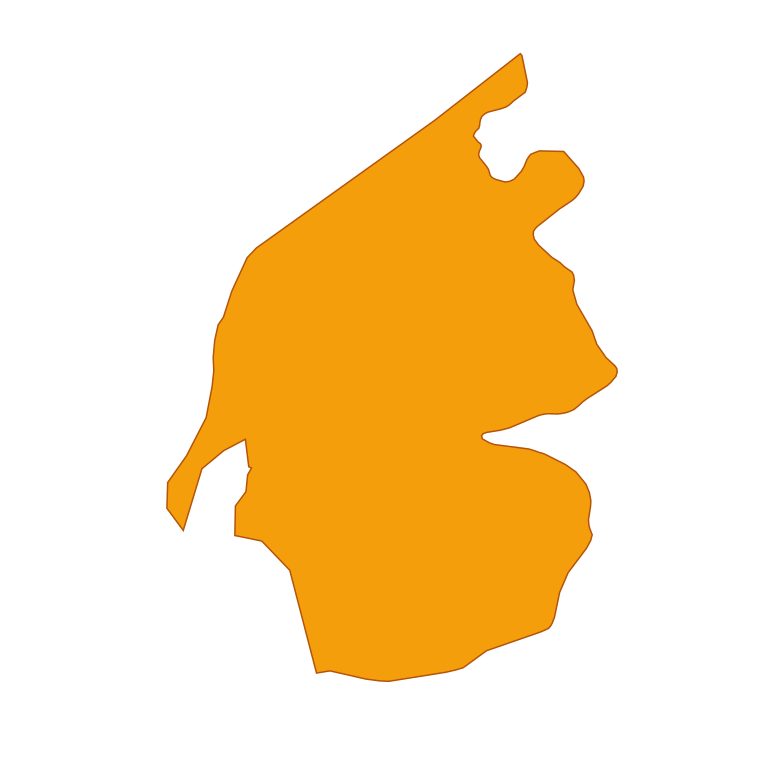 SVG path tracing the border of Pattani, rotated 258°
{"feature_id": "THA-494", "entity_name": "Pattani", "entity_type": "Province", "adm_level": 1, "iso_a3": "THA", "parent_name": "Thailand", "parent_adm1": "", "projection": "equal_earth", "projection_center": [101.403, 6.749], "detail": "fine", "context": "isolated", "style": "filled", "palette": "amber", "viewbox_px": 768, "rotation_deg": 258, "n_neighbors": 0, "source": "natural_earth", "source_scale": "10m", "svg_char_len": 2025}
<svg xmlns="http://www.w3.org/2000/svg" viewBox="0 0 768 768"><g transform="rotate(258 384 384)"><path d="M115.3,257.9L221.4,253.1L255.8,231.8L266.8,206.6L295.6,213.3L307.4,226.6L323.4,231.7L329.4,236.9L331.2,234.5L358.8,236.9L352.2,213.5L339.0,188.3L282.5,157.2L307.6,145.8L332.6,151.9L354.8,175.9L388.0,203.0L417.4,215.4L432.4,220.3L445.3,222.4L461.9,227.5L476.4,234.1L482.7,240.8L506.4,254.4L536.0,276.4L543.6,287.5L631.4,488.5L678.8,586.0L676.5,587.2L649.0,587.0L644.9,585.6L640.1,582.9L634.2,570.1L630.8,564.3L629.6,560.8L629.0,556.4L628.3,542.1L627.2,538.4L625.4,535.4L622.8,533.5L620.0,532.2L617.0,531.3L614.3,529.8L612.6,526.8L610.4,524.5L607.9,523.0L601.3,526.3L599.1,528.2L596.8,528.7L594.5,527.6L592.0,525.8L589.1,524.3L585.7,524.4L575.2,529.7L572.1,530.8L566.0,531.3L563.7,532.5L562.3,534.0L560.9,535.8L556.4,544.4L556.1,548.8L557.3,554.0L563.3,562.3L567.5,566.2L573.7,570.4L576.0,572.6L578.1,575.1L579.1,580.2L579.7,584.5L574.1,608.1L554.3,619.3L544.9,622.2L540.9,621.9L536.2,620.0L529.6,613.9L526.5,609.9L524.5,606.4L518.7,591.9L506.2,566.7L504.3,564.0L502.0,561.8L498.6,561.0L494.5,561.1L487.7,564.1L473.0,574.5L466.3,581.3L461.2,584.8L454.4,591.2L451.1,592.1L445.8,591.8L436.7,588.2L421.9,589.2L392.9,598.6L378.5,600.4L363.8,606.6L353.7,613.7L350.8,614.9L347.2,614.6L343.2,612.4L338.5,606.3L335.9,601.8L327.7,580.0L325.2,574.6L322.8,570.7L319.7,564.8L318.9,561.6L318.5,559.4L318.1,555.8L318.2,551.6L318.6,547.5L320.7,538.9L321.2,535.1L321.2,530.8L320.7,526.6L315.0,497.5L314.6,488.2L315.3,474.5L314.8,470.6L312.9,468.6L309.8,468.9L304.5,474.9L301.9,479.2L290.2,512.4L286.7,518.6L285.0,521.2L283.5,524.2L281.8,526.9L267.4,544.8L258.0,553.5L244.0,560.7L235.1,562.3L227.0,562.1L221.4,560.6L208.8,555.8L204.0,555.1L199.9,555.2L193.2,556.3L187.9,553.6L181.1,547.8L161.2,524.9L143.7,512.5L120.3,502.2L115.0,498.7L112.7,496.7L110.7,494.0L109.0,486.2L101.8,428.8L90.1,402.7L89.4,395.3L89.2,384.7L92.2,326.8L94.6,317.7L99.3,304.6L114.6,271.6L115.3,257.9Z" fill="#f59e0b" stroke="#b45309" stroke-width="1.5"/></g></svg>